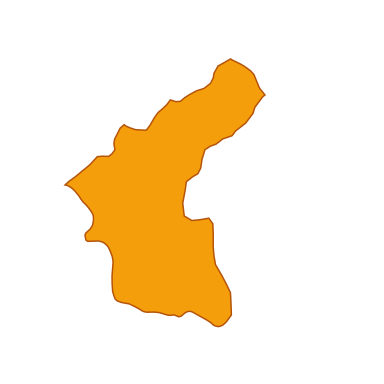 the district of Phungso, Ryanggang, North Korea, rotated 307°
{"feature_id": "82179303B38580271965004", "entity_name": "Phungso", "entity_type": "district", "adm_level": 2, "iso_a3": "PRK", "parent_name": "North Korea", "parent_adm1": "Ryanggang", "projection": "equal_earth", "projection_center": [127.952, 40.858], "detail": "fine", "context": "isolated", "style": "filled", "palette": "amber", "viewbox_px": 384, "rotation_deg": 307, "n_neighbors": 0, "source": "geoboundaries", "source_scale": "gbopen_adm2", "svg_char_len": 1866}
<svg xmlns="http://www.w3.org/2000/svg" viewBox="0 0 384 384"><g transform="rotate(307 192 192)"><path d="M321.5,142.7L313.3,139.2L308.3,137.0L300.1,138.1L296.0,140.3L289.9,141.4L281.8,139.2L275.7,134.8L268.6,131.5L262.6,129.3L257.5,128.2L254.5,124.9L252.5,119.3L246.4,119.3L240.3,118.3L235.2,117.1L229.1,117.2L219.9,118.3L216.9,118.3L213.8,118.3L210.8,113.9L207.8,109.4L205.9,103.9L204.9,99.5L204.9,97.3L199.8,96.2L193.7,97.3L187.6,98.4L183.5,100.6L179.4,105.0L174.3,105.1L170.3,104.0L166.3,98.4L163.2,95.1L152.1,94.0L143.0,91.8L133.8,89.6L126.7,87.4L121.2,86.4L122.2,88.4L122.8,92.9L122.4,97.3L121.0,103.4L119.5,107.5L118.4,111.4L117.9,115.7L116.4,121.4L114.8,125.7L113.4,127.6L111.4,129.4L109.5,130.7L105.5,132.6L101.4,133.0L95.3,131.9L93.1,132.5L89.8,136.2L89.7,136.8L89.9,138.5L96.6,146.8L97.6,149.1L98.3,151.2L98.4,153.9L98.1,156.4L97.5,158.5L95.2,162.9L92.2,167.5L88.5,171.2L77.2,178.4L70.8,183.3L64.8,188.5L61.5,193.0L60.3,195.1L60.0,197.7L61.2,201.9L64.9,209.3L66.2,216.0L66.9,220.9L67.0,223.4L67.5,225.6L68.7,228.1L73.6,234.4L76.0,238.5L79.2,247.1L80.7,249.2L83.0,251.5L84.4,256.6L86.4,258.1L91.3,259.2L93.9,260.4L95.7,262.5L96.4,264.5L98.7,281.1L99.0,286.2L98.6,289.0L99.1,291.4L100.2,293.9L102.2,295.6L104.2,296.7L106.5,297.2L109.1,297.6L117.4,297.5L121.3,294.4L129.5,287.7L134.7,283.3L138.8,275.5L143.0,266.6L148.2,254.4L154.4,247.8L160.6,242.2L170.9,234.5L179.1,227.8L181.2,221.2L174.1,214.5L169.1,209.0L168.2,200.2L177.5,191.3L188.7,185.8L196.9,181.3L205.0,183.5L210.1,185.7L216.2,184.6L224.4,180.2L233.6,176.9L239.7,179.1L244.7,182.4L252.9,184.6L261.0,190.1L267.1,190.1L271.1,191.2L279.3,193.4L285.4,193.4L291.5,193.4L297.6,191.2L301.7,191.2L304.7,191.2L307.8,191.2L310.8,191.2L313.4,191.9L315.4,184.1L316.3,182.1L323.1,170.7L324.0,165.9L323.9,158.1L323.3,153.2L321.5,144.0L321.5,142.7Z" fill="#f59e0b" stroke="#b45309" stroke-width="1.5"/></g></svg>